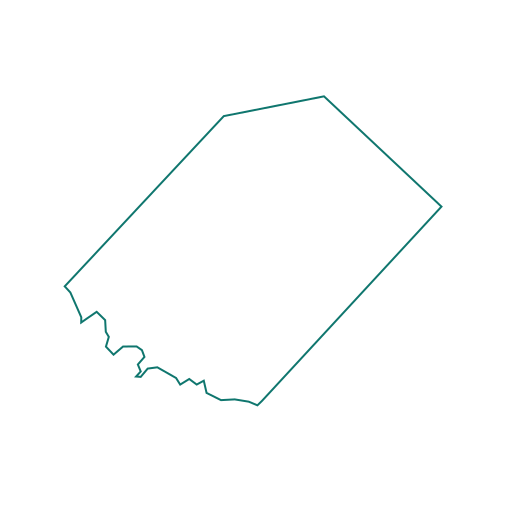 Navarro, Texas, United States of America (Albers equal-area conic projection), rotated 163°
{"feature_id": "52423323B81183293432055", "entity_name": "Navarro", "entity_type": "district", "adm_level": 2, "iso_a3": "USA", "parent_name": "United States of America", "parent_adm1": "Texas", "projection": "albers", "projection_center": [-96.239, 32.063], "detail": "fine", "context": "isolated", "style": "outline", "palette": "teal", "viewbox_px": 512, "rotation_deg": 163, "n_neighbors": 0, "source": "geoboundaries", "source_scale": "gbopen_adm2", "svg_char_len": 597}
<svg xmlns="http://www.w3.org/2000/svg" viewBox="0 0 512 512"><g transform="rotate(163 256 256)"><path d="M245.9,399.2L447.8,282.9L444.2,275.4L441.0,248.5L442.6,243.5L435.5,245.8L424.7,249.2L419.0,238.8L421.8,227.4L420.4,221.7L426.0,213.2L421.1,203.3L409.6,208.3L396.6,204.4L392.6,199.3L392.2,192.1L400.7,186.8L400.0,179.3L405.9,175.8L401.6,174.1L392.5,180.0L382.9,178.4L368.1,162.7L366.1,155.2L355.8,157.9L350.3,150.4L342.4,152.0L343.3,139.5L331.6,128.4L318.3,125.1L305.5,118.8L298.3,112.8L292.8,115.6L64.2,249.0L144.3,388.8L245.9,399.2Z" fill="none" stroke="#0f766e" stroke-width="2"/></g></svg>